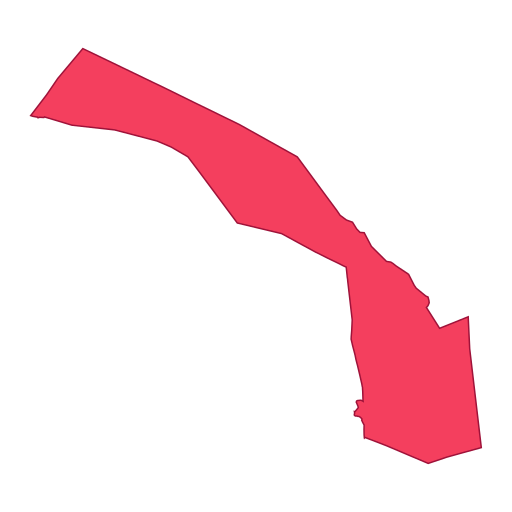 Santiago Ihuitlán Plumas, Oaxaca, Mexico (Natural Earth projection)
{"feature_id": "50627088B36889128097702", "entity_name": "Santiago Ihuitlán Plumas", "entity_type": "district", "adm_level": 2, "iso_a3": "MEX", "parent_name": "Mexico", "parent_adm1": "Oaxaca", "projection": "natural_earth1", "projection_center": [-97.441, 17.88], "detail": "fine", "context": "isolated", "style": "filled", "palette": "rose", "viewbox_px": 512, "rotation_deg": 0, "n_neighbors": 0, "source": "geoboundaries", "source_scale": "gbopen_adm2", "svg_char_len": 1710}
<svg xmlns="http://www.w3.org/2000/svg" viewBox="0 0 512 512"><path d="M72.0,125.2L114.6,129.9L157.0,141.0L171.1,147.0L187.9,156.8L199.4,172.0L237.3,223.0L281.6,233.6L298.1,242.6L312.3,250.3L316.1,252.4L316.5,252.5L327.8,258.2L338.4,263.3L339.6,263.9L343.3,265.8L343.7,266.0L346.2,267.1L347.1,275.6L347.2,276.8L347.6,279.4L347.7,280.8L352.2,319.9L351.7,330.8L351.2,337.0L351.2,337.8L351.1,339.1L351.6,341.2L352.6,345.6L353.9,350.5L355.1,355.2L355.9,359.2L356.9,363.2L357.5,365.4L357.9,367.1L358.8,370.9L359.8,375.1L360.7,379.1L361.8,383.9L362.2,386.2L362.5,387.4L362.6,390.0L362.7,390.7L362.7,390.9L362.9,396.9L363.0,400.7L363.1,401.3L361.0,400.2L357.7,400.5L356.9,400.8L356.5,401.2L356.3,402.1L356.3,402.4L356.6,402.9L358.0,406.3L358.3,407.6L355.2,411.4L354.8,411.6L354.4,411.5L354.5,412.0L354.6,413.4L354.3,414.2L354.3,414.3L354.4,415.2L354.5,415.5L355.9,416.1L356.6,416.0L356.9,416.0L357.9,416.4L358.9,416.4L360.5,417.4L361.4,418.4L361.8,418.7L361.9,419.5L361.7,420.2L362.7,422.4L364.1,425.0L364.1,426.0L364.0,429.3L364.1,435.0L364.3,437.2L364.3,437.6L364.4,438.0L364.5,437.9L365.2,437.5L386.7,445.8L428.2,463.4L446.6,457.2L452.7,455.5L459.5,453.6L481.3,447.6L469.7,348.8L468.2,316.8L439.6,328.3L426.4,307.5L428.0,305.7L429.2,302.8L428.9,300.4L428.0,297.0L425.7,296.0L416.2,288.2L414.2,285.3L408.6,274.3L396.0,265.9L393.0,263.5L390.8,262.1L386.5,261.4L371.4,246.4L364.2,232.7L360.0,232.4L356.7,229.0L352.5,222.2L346.4,220.0L340.1,215.3L336.7,210.3L325.8,195.6L297.3,156.9L239.3,124.5L194.2,102.5L164.5,87.9L152.8,82.3L121.9,67.4L82.8,48.6L57.8,78.4L46.6,94.8L30.7,115.6L32.7,116.3L37.7,117.2L38.0,117.8L39.7,117.3L43.9,117.5L44.4,116.9L72.0,125.2Z" fill="#f43f5e" stroke="#9f1239" stroke-width="1.5"/></svg>